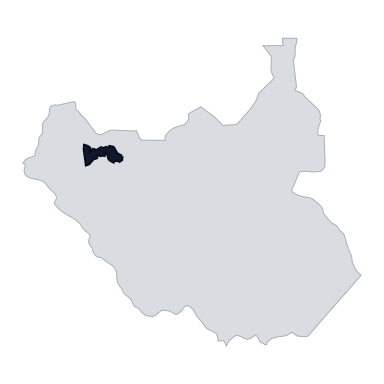 location of Aweil West, Northern Bahr el Ghazal, South Sudan
{"feature_id": "79223893B18780774215456", "entity_name": "Aweil West", "entity_type": "district", "adm_level": 2, "iso_a3": "SSD", "parent_name": "South Sudan", "parent_adm1": "Northern Bahr el Ghazal", "projection": "natural_earth1", "projection_center": [26.922, 8.906], "detail": "fine", "context": "in_parent", "style": "filled", "palette": "ink", "viewbox_px": 384, "rotation_deg": 0, "n_neighbors": 0, "source": "geoboundaries", "source_scale": "gbopen_adm2", "svg_char_len": 4221}
<svg xmlns="http://www.w3.org/2000/svg" viewBox="0 0 384 384"><path d="M321.8,320.2L309.4,334.6L308.5,335.5L307.0,336.6L302.0,336.6L296.8,335.9L292.0,332.2L287.2,335.1L284.1,336.0L282.3,336.3L278.0,336.8L271.9,338.3L269.2,340.3L267.7,341.8L266.5,344.6L265.9,344.9L264.7,344.6L263.2,343.4L259.9,341.8L258.3,338.2L256.8,336.1L255.6,334.9L250.4,338.5L247.9,339.3L245.9,339.2L242.2,337.2L238.0,335.5L235.9,335.5L232.8,337.7L229.1,340.9L227.3,344.0L226.4,345.9L225.1,343.0L223.9,341.2L222.2,340.5L218.7,341.2L217.9,340.2L217.7,337.7L217.2,335.5L216.3,333.8L213.7,332.1L206.8,328.6L201.5,321.7L198.8,318.5L196.9,316.4L194.1,311.0L191.0,307.3L187.2,305.6L184.7,306.4L182.1,310.4L177.3,314.2L175.0,314.3L172.2,312.3L168.6,310.8L162.1,310.2L159.5,312.0L156.0,314.8L153.0,316.6L151.2,316.7L149.5,316.1L147.5,315.7L145.9,315.6L142.4,313.0L140.6,311.1L139.4,309.2L137.5,308.0L135.2,306.9L133.6,305.3L132.7,303.2L131.5,300.6L129.8,298.2L124.5,293.9L122.9,291.4L121.9,288.9L119.7,286.2L117.4,282.5L116.7,277.2L116.6,272.9L116.1,270.9L115.1,269.0L114.0,267.3L112.1,265.4L107.8,262.6L103.4,259.4L101.3,257.6L97.2,256.9L94.8,255.1L92.8,251.1L92.0,247.8L89.9,245.4L89.1,243.5L88.6,241.5L90.2,235.1L87.9,232.9L84.4,230.0L81.8,226.8L80.3,223.9L75.8,220.0L66.1,214.2L60.4,210.5L57.3,207.2L54.6,204.0L54.4,202.6L56.1,199.4L56.4,196.7L55.0,193.8L49.1,188.3L44.4,182.2L40.9,180.3L32.4,178.6L29.9,177.9L27.4,176.8L24.9,174.0L24.0,170.8L25.3,165.6L24.5,164.0L23.0,163.6L23.4,162.5L25.1,160.0L27.7,158.3L34.7,155.8L35.1,154.8L35.3,151.5L35.8,150.0L38.3,145.5L38.6,143.7L38.7,139.9L39.0,138.0L39.7,136.8L41.7,134.5L42.4,133.2L42.7,130.3L42.5,124.5L43.4,122.2L47.9,116.9L49.1,114.6L49.5,112.5L49.4,110.3L49.7,108.2L51.0,106.2L52.1,105.5L55.4,104.9L57.6,105.3L73.2,101.7L75.0,102.2L75.8,104.3L75.7,107.7L76.0,109.4L76.8,110.5L79.3,112.2L81.0,114.9L81.9,115.9L84.4,117.7L96.0,133.2L99.2,134.7L102.4,134.2L108.7,131.0L111.8,130.1L133.8,131.0L136.3,130.6L139.8,138.4L141.4,140.2L165.5,140.3L165.0,138.1L165.4,135.6L169.6,130.8L170.2,130.3L173.9,128.0L177.6,126.5L184.5,124.7L187.1,121.9L188.5,119.3L188.5,114.2L189.5,113.4L191.1,112.2L199.2,107.7L200.6,106.7L214.9,117.3L222.9,125.6L223.4,126.0L223.8,126.1L224.2,125.9L224.6,125.5L225.6,125.1L229.0,125.0L235.5,124.6L237.6,123.6L250.6,108.7L253.9,104.0L254.7,103.0L256.6,99.6L258.6,93.8L259.0,93.1L273.2,79.2L273.7,78.1L273.8,77.2L271.6,72.5L271.1,70.1L271.0,66.5L271.4,60.8L271.3,57.2L271.1,56.2L263.0,45.7L283.1,45.6L283.1,44.3L283.0,43.9L282.6,42.7L282.4,41.0L282.4,40.1L282.5,39.3L282.5,38.8L282.5,38.4L282.5,38.2L297.0,38.3L296.8,41.2L295.1,48.0L295.2,52.1L294.8,56.8L294.3,58.2L293.6,59.3L293.3,59.9L293.3,60.4L296.5,86.5L296.2,87.6L295.4,89.3L295.2,89.8L295.2,90.2L295.5,90.5L302.2,93.3L302.5,93.5L302.8,93.7L305.2,97.1L318.4,109.5L318.8,110.1L320.2,114.0L320.4,114.6L320.4,115.5L320.4,116.3L320.1,118.6L320.2,119.6L320.4,120.3L320.6,121.1L320.6,121.4L320.5,122.0L318.6,126.5L318.0,129.7L317.8,132.4L317.9,133.9L318.1,134.9L318.3,135.3L318.5,135.5L324.2,135.5L324.2,136.9L325.0,160.5L325.0,163.2L324.8,166.5L324.2,167.8L322.6,169.7L320.6,171.4L315.5,171.8L311.2,171.8L308.2,171.4L304.1,171.2L300.2,171.6L298.8,173.1L293.7,185.6L292.1,188.7L291.7,190.6L292.2,191.7L294.2,193.2L298.6,195.5L303.7,196.8L307.4,197.3L310.0,197.9L312.0,198.6L319.2,204.3L321.5,207.0L322.8,209.3L323.1,211.8L324.1,214.3L330.7,222.2L336.9,225.9L339.3,230.0L341.7,232.1L343.8,234.2L345.0,237.5L347.8,246.9L349.6,251.9L351.5,255.9L352.3,262.5L353.7,265.4L355.3,269.0L357.8,272.3L360.5,274.7L361.0,275.4L334.1,306.1L321.8,320.2Z" fill="#d9dde1" stroke="#a8b0b8" stroke-width="1"/><path d="M122.4,160.3L122.7,157.0L121.5,157.3L121.5,155.1L120.6,155.3L120.4,154.7L117.4,152.9L114.1,147.0L113.2,146.5L112.1,147.4L112.6,146.3L109.1,145.7L108.4,146.9L107.5,147.6L106.3,146.6L103.3,147.7L100.8,146.9L96.7,149.6L92.9,148.5L90.1,151.9L90.6,147.7L87.9,145.7L83.8,144.4L83.4,149.3L85.7,165.8L89.4,164.5L93.7,159.5L97.1,158.5L98.4,155.1L99.2,155.2L100.0,156.2L100.9,156.5L101.8,155.8L104.9,156.3L105.0,153.2L105.8,153.4L107.5,156.0L107.9,158.6L109.4,160.6L113.8,163.0L115.3,160.3L116.0,161.3L119.2,161.6L119.6,162.2L119.9,161.9L119.8,161.2L120.3,161.0L120.8,161.4L122.4,160.3Z" fill="#0f172a" stroke="#020617" stroke-width="1.5"/></svg>